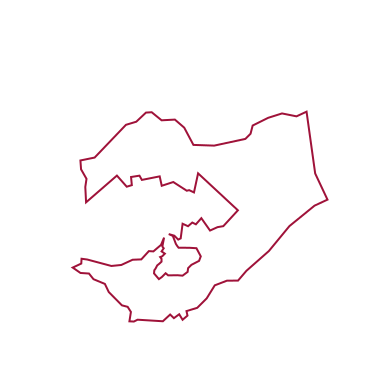 Bukhara, Bukhoro, Uzbekistan (orthographic projection), rotated 225°
{"feature_id": "79887680B68174345072699", "entity_name": "Bukhara", "entity_type": "district", "adm_level": 2, "iso_a3": "UZB", "parent_name": "Uzbekistan", "parent_adm1": "Bukhoro", "projection": "orthographic", "projection_center": [64.472, 39.582], "detail": "fine", "context": "isolated", "style": "outline", "palette": "rose", "viewbox_px": 384, "rotation_deg": 225, "n_neighbors": 0, "source": "geoboundaries", "source_scale": "gbopen_adm2", "svg_char_len": 1589}
<svg xmlns="http://www.w3.org/2000/svg" viewBox="0 0 384 384"><g transform="rotate(225 192 192)"><path d="M90.8,282.4L118.0,292.2L167.8,329.8L171.6,319.4L183.9,311.2L190.6,298.3L196.1,281.9L191.8,274.6L191.8,267.3L209.1,240.5L224.3,226.3L243.0,232.0L255.3,231.1L264.2,221.2L276.9,219.9L280.7,215.6L281.1,202.3L286.2,192.8L285.2,147.5L293.2,135.4L286.5,129.6L275.9,126.7L271.0,120.1L259.6,109.8L256.7,150.5L241.9,149.6L239.4,154.3L245.7,159.5L240.7,166.4L236.0,165.1L225.9,180.2L217.8,175.0L212.3,185.8L196.6,189.2L195.3,191.3L190.3,193.1L200.9,209.5L146.6,211.5L145.7,190.0L149.1,185.2L152.0,177.5L166.9,180.1L166.4,171.9L170.2,170.6L170.6,165.0L176.2,162.9L167.2,151.2L168.1,148.6L173.6,148.6L178.7,145.8L174.5,147.4L169.8,145.3L166.7,143.9L164.4,143.4L162.1,143.1L154.3,150.8L149.1,155.4L140.3,152.7L138.3,148.3L140.9,140.1L140.9,135.4L138.6,132.4L139.5,126.2L143.5,122.8L149.9,116.2L153.2,115.9L153.2,110.6L153.8,107.0L161.3,107.6L163.3,110.0L163.6,112.0L164.7,115.5L164.4,118.3L164.3,121.2L166.3,123.2L168.5,123.5L167.6,125.5L167.6,129.2L171.5,128.5L172.2,132.2L174.4,132.5L179.5,140.0L176.5,132.7L177.3,122.7L180.7,119.7L180.2,108.5L186.1,102.1L190.4,90.4L196.7,82.7L218.3,70.2L222.9,66.7L219.7,63.1L222.9,54.2L213.6,55.9L207.2,61.5L200.0,60.7L188.6,65.4L180.1,62.4L161.4,62.3L156.3,65.3L150.4,64.0L144.8,56.3L141.5,59.3L140.2,63.2L121.2,80.0L120.8,89.9L115.6,90.0L114.6,96.5L108.3,95.0L107.8,101.4L111.7,103.9L106.4,113.8L106.4,127.2L109.9,142.1L104.6,154.0L96.8,161.9L97.8,174.8L95.9,204.6L99.0,236.8L95.7,269.0L90.8,282.4Z" fill="none" stroke="#9f1239" stroke-width="2"/></g></svg>